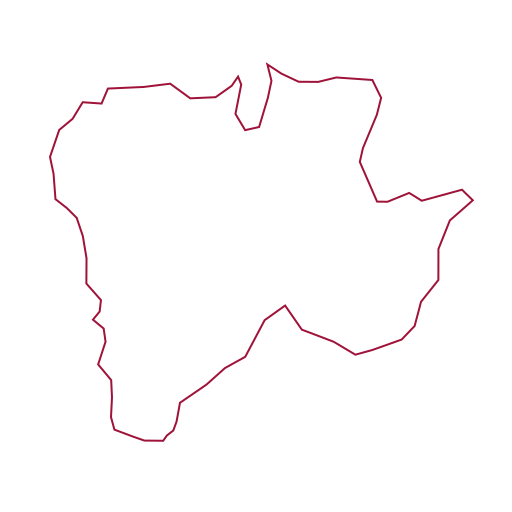 the district of Pitargou, Paphos, Cyprus, rotated 4°
{"feature_id": "46923920B91731553605011", "entity_name": "Pitargou", "entity_type": "district", "adm_level": 2, "iso_a3": "CYP", "parent_name": "Cyprus", "parent_adm1": "Paphos", "projection": "equal_earth", "projection_center": [32.543, 34.831], "detail": "fine", "context": "isolated", "style": "outline", "palette": "rose", "viewbox_px": 512, "rotation_deg": 4, "n_neighbors": 0, "source": "geoboundaries", "source_scale": "gbopen_adm2", "svg_char_len": 1070}
<svg xmlns="http://www.w3.org/2000/svg" viewBox="0 0 512 512"><g transform="rotate(4 256 256)"><path d="M185.7,435.8L188.3,426.7L189.7,414.2L190.4,407.7L215.6,387.7L232.9,369.9L252.3,357.3L269.1,319.4L288.5,303.4L306.9,326.3L339.4,336.1L362.0,347.5L378.2,341.8L407.1,329.2L419.1,314.8L422.1,299.3L423.8,290.2L439.6,267.2L437.5,236.3L446.9,207.0L468.4,185.3L459.3,177.6L456.9,175.5L417.5,189.3L404.4,182.4L383.4,192.7L373.0,193.3L353.0,154.9L355.1,141.1L366.7,106.7L369.8,89.5L359.8,72.3L339.4,72.3L323.7,72.3L305.8,78.0L286.4,79.2L268.6,72.3L254.0,64.1L259.2,80.2L256.8,97.4L250.1,127.1L236.4,131.2L225.6,115.7L229.3,86.0L225.6,78.3L219.9,87.9L204.6,100.4L179.4,103.3L158.4,90.1L132.2,95.2L96.6,99.3L91.3,114.7L72.4,114.7L63.5,131.9L50.9,144.0L43.6,171.5L48.3,188.1L52.0,213.3L64.0,221.4L74.5,230.5L81.9,248.3L87.1,270.1L88.7,295.3L104.4,310.8L103.9,322.3L97.8,330.9L109.1,339.0L111.9,352.0L106.1,375.2L120.2,389.9L122.2,407.1L122.6,426.9L126.9,439.1L145.4,444.6L157.5,447.9L176.3,446.8L179.6,441.3L185.7,435.8Z" fill="none" stroke="#9f1239" stroke-width="2"/></g></svg>